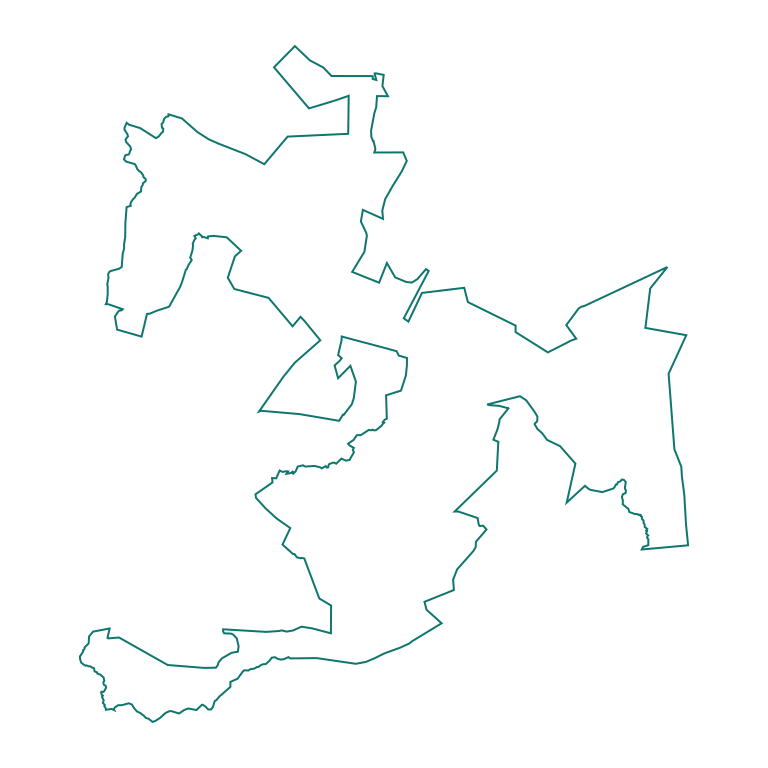 the district of Heroica Ciudad de Ejutla de Crespo, Oaxaca, Mexico
{"feature_id": "50627088B22638065525590", "entity_name": "Heroica Ciudad de Ejutla de Crespo", "entity_type": "district", "adm_level": 2, "iso_a3": "MEX", "parent_name": "Mexico", "parent_adm1": "Oaxaca", "projection": "albers", "projection_center": [-96.767, 16.598], "detail": "fine", "context": "isolated", "style": "outline", "palette": "teal", "viewbox_px": 768, "rotation_deg": 0, "n_neighbors": 0, "source": "geoboundaries", "source_scale": "gbopen_adm2", "svg_char_len": 6090}
<svg xmlns="http://www.w3.org/2000/svg" viewBox="0 0 768 768"><path d="M256.0,497.9L265.6,508.4L276.9,518.7L290.3,528.1L282.5,544.6L292.9,553.9L294.5,554.1L296.9,557.3L300.7,558.3L301.7,557.8L304.3,558.5L319.3,598.5L331.1,605.5L330.9,633.3L312.3,628.4L301.5,626.7L293.0,630.5L286.7,631.6L281.6,630.4L279.2,631.0L266.3,631.9L223.1,629.3L223.1,631.3L224.1,633.3L231.0,633.6L233.4,634.7L236.8,638.5L238.6,646.2L237.9,651.7L231.6,652.8L222.0,658.3L218.4,662.5L218.2,664.4L215.9,667.7L203.9,667.9L167.7,665.0L119.0,637.5L108.4,638.4L107.5,637.9L109.6,628.5L93.1,631.6L89.1,636.4L88.6,643.5L84.6,647.4L84.3,649.3L83.1,650.2L83.1,651.6L79.9,656.5L80.1,659.1L81.1,662.5L83.0,664.1L85.4,665.7L86.4,665.4L88.7,666.3L90.4,666.3L92.3,667.8L93.3,667.8L94.0,668.3L94.6,671.4L97.1,672.4L97.3,673.5L100.6,674.8L103.6,677.5L104.3,680.8L103.4,682.3L103.6,684.0L103.9,684.8L105.6,685.7L106.1,687.6L104.2,691.2L103.3,691.9L101.4,691.7L101.1,692.3L101.8,695.0L102.9,695.7L102.0,696.9L103.7,700.3L102.9,703.0L104.8,704.9L104.3,706.1L105.6,707.9L105.9,709.8L111.6,708.9L114.2,710.1L113.7,709.2L115.0,707.3L118.3,705.2L121.8,705.2L128.7,703.3L131.9,704.5L133.9,707.9L137.0,711.5L140.0,712.8L144.3,716.1L145.8,717.9L148.7,718.8L152.5,721.9L155.2,721.0L160.2,717.8L165.6,712.9L169.1,711.3L171.3,711.1L179.1,713.5L184.2,710.0L188.3,708.5L196.5,710.0L201.8,704.9L202.6,704.7L205.2,706.3L208.2,709.5L211.2,709.4L212.9,707.0L214.8,700.9L216.4,700.1L219.0,696.9L230.4,686.9L230.4,681.9L237.6,678.7L243.2,671.0L244.6,670.3L248.5,670.5L250.2,669.2L254.4,668.6L256.9,667.0L258.3,667.1L260.4,665.4L263.1,664.2L265.7,664.1L269.3,660.9L271.8,657.7L275.0,657.2L277.2,658.6L280.5,659.6L283.8,659.2L288.5,657.1L290.0,658.4L316.7,658.1L355.9,663.8L365.9,661.9L374.4,658.4L383.9,653.6L400.3,647.6L409.1,643.6L412.0,641.3L441.6,623.3L426.5,609.7L424.5,601.8L453.9,590.0L453.1,579.7L457.1,569.4L473.5,550.9L475.7,547.1L475.9,541.8L486.5,529.5L483.1,525.7L479.7,526.0L478.8,524.7L477.6,518.0L458.2,511.5L454.7,511.5L496.8,470.6L498.3,441.8L493.4,439.7L497.4,429.5L499.3,422.1L499.6,419.3L508.9,407.8L508.0,408.2L498.9,405.8L489.8,405.2L487.1,404.5L520.0,396.2L526.2,400.3L534.3,411.4L537.4,416.4L537.3,420.5L536.6,422.1L534.8,423.4L534.6,424.2L537.5,429.1L542.2,433.2L547.1,439.9L560.1,446.2L575.4,463.6L566.7,502.6L585.0,485.8L588.7,489.0L590.7,489.9L602.4,492.1L613.3,488.5L614.4,487.4L615.9,484.5L616.9,484.5L618.0,482.2L620.5,481.3L621.7,479.6L623.8,479.8L625.8,482.2L624.9,487.6L625.1,489.0L625.9,490.2L625.7,492.9L622.8,494.3L621.9,497.1L622.8,500.1L622.8,504.4L628.4,508.9L629.3,512.0L634.8,514.0L637.5,514.1L638.9,515.1L639.8,514.7L640.9,515.2L640.8,516.2L641.8,516.7L642.0,519.0L643.6,520.6L643.5,522.8L644.5,524.1L644.8,527.1L647.2,528.8L646.2,530.5L647.1,530.8L646.1,533.4L648.2,535.4L647.5,536.1L647.1,537.9L648.3,539.2L648.3,545.2L643.0,546.9L641.8,549.5L688.1,545.3L686.0,524.4L684.3,495.0L681.9,476.4L681.3,466.7L674.4,449.3L668.6,373.7L686.3,335.2L645.4,327.9L650.2,288.5L667.4,267.0L584.3,306.0L581.4,306.7L578.6,308.5L566.3,325.1L576.2,338.7L570.6,340.8L547.9,352.4L515.6,332.1L515.6,325.6L467.9,302.1L464.2,287.8L422.0,292.9L408.4,321.6L403.8,318.3L428.7,271.0L426.0,269.1L417.4,279.1L411.8,282.6L406.3,282.0L395.2,277.4L386.9,263.0L379.1,282.7L352.2,271.9L364.4,251.8L366.9,235.6L366.2,232.8L360.9,221.5L362.9,209.9L383.0,218.9L382.3,210.5L385.2,199.1L392.7,185.9L401.7,171.5L406.8,160.9L403.2,152.4L374.3,152.5L375.4,149.0L373.6,141.1L373.1,141.2L371.3,136.7L371.1,130.5L374.3,113.4L376.2,107.3L377.0,96.1L387.9,96.2L382.4,86.1L383.7,74.9L375.9,73.3L374.6,73.5L376.3,80.0L372.7,78.9L372.7,76.2L372.3,76.1L331.5,76.0L323.3,67.5L309.9,60.4L294.9,46.1L274.0,67.3L309.0,108.4L336.0,100.2L348.7,95.8L348.2,133.8L287.6,136.6L264.3,164.2L245.6,154.2L218.2,143.5L208.8,139.3L197.6,132.2L182.0,118.5L168.5,114.3L168.4,116.3L166.3,116.8L164.3,118.5L163.2,122.3L161.6,124.0L162.0,127.7L163.2,128.5L163.1,131.7L161.3,133.1L159.0,136.2L156.0,138.2L140.2,128.1L129.0,124.7L126.7,122.8L124.6,127.4L124.5,129.7L127.3,134.0L128.0,136.3L125.6,139.3L125.7,140.4L126.2,142.1L130.3,146.6L131.1,149.4L129.9,151.3L129.4,153.5L128.3,154.7L126.2,154.8L125.1,155.7L124.0,159.4L126.1,161.6L134.5,164.0L135.7,165.3L137.3,169.0L139.0,171.0L140.8,172.1L143.2,175.4L143.6,177.3L145.5,178.8L145.9,180.0L145.6,181.1L143.0,183.2L142.7,185.0L141.3,187.0L141.0,191.5L136.9,193.9L134.5,197.9L132.6,199.7L130.8,202.5L130.4,204.4L130.8,205.8L126.6,207.1L125.4,222.8L125.2,237.0L124.1,244.1L124.1,248.4L122.7,253.9L121.7,267.0L119.1,268.7L110.5,271.1L109.3,271.9L108.1,274.3L108.5,277.8L107.2,284.5L107.7,285.9L107.7,294.2L106.9,301.9L105.8,304.2L108.2,304.2L122.7,309.2L121.6,310.3L119.3,310.6L118.4,311.4L114.9,316.5L117.1,329.6L141.6,336.6L147.0,313.9L149.7,313.7L156.8,310.7L169.1,306.7L180.0,287.1L181.7,283.1L185.9,269.6L186.7,269.2L188.6,264.8L191.7,260.1L190.2,257.6L192.4,250.7L193.1,245.2L192.7,243.8L194.4,239.9L195.7,238.4L194.4,235.9L198.0,234.4L198.8,233.4L202.3,236.6L202.2,237.1L204.2,237.1L207.8,238.3L208.0,236.4L213.7,235.9L226.7,237.3L241.1,250.8L234.9,256.4L227.8,277.7L234.3,289.0L268.6,297.9L292.6,326.3L300.5,316.8L304.6,321.1L320.3,340.3L294.9,362.6L283.4,376.7L259.0,411.6L261.3,410.8L299.5,414.1L339.1,420.8L343.0,414.6L343.7,414.9L351.8,404.3L353.8,398.1L355.9,381.6L350.4,365.8L338.1,378.2L334.6,365.4L339.8,360.7L341.7,358.2L338.1,355.1L341.6,340.1L341.7,336.5L396.6,351.2L398.8,355.6L407.0,358.0L406.9,365.4L405.9,375.4L401.0,390.6L386.1,395.3L386.8,418.7L384.6,419.8L382.8,422.1L384.1,422.8L383.0,423.6L381.3,426.0L375.8,430.3L372.9,430.2L372.6,429.7L370.7,430.3L368.9,429.9L360.8,435.1L356.8,435.2L353.6,439.9L348.1,443.7L349.9,445.7L353.9,447.9L352.8,449.9L353.9,452.3L349.5,460.0L345.8,460.6L341.4,458.6L336.2,463.7L334.1,462.6L333.0,462.7L329.2,464.1L328.4,465.7L328.3,467.1L327.7,467.6L326.7,467.5L325.6,466.1L321.8,468.4L320.5,467.4L314.5,465.9L305.3,466.6L303.0,465.3L297.7,466.6L295.6,471.4L293.2,473.7L292.5,472.8L293.2,471.1L291.0,473.0L286.5,473.8L288.1,471.5L286.7,471.2L282.3,471.9L279.7,470.5L276.2,478.3L272.1,478.1L272.5,482.5L255.5,494.3L256.0,497.9Z" fill="none" stroke="#0f766e" stroke-width="2"/></svg>